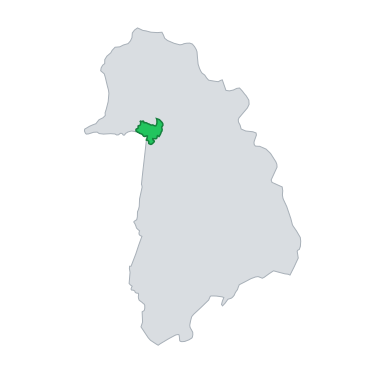 Ioba on a map of Burkina Faso (Mercator projection), rotated 97°
{"feature_id": "BFA-2833", "entity_name": "Ioba", "entity_type": "Province", "adm_level": 1, "iso_a3": "BFA", "parent_name": "Burkina Faso", "parent_adm1": "", "projection": "mercator", "projection_center": [-2.966, 11.024], "detail": "fine", "context": "in_parent", "style": "filled", "palette": "green", "viewbox_px": 384, "rotation_deg": 97, "n_neighbors": 0, "source": "natural_earth", "source_scale": "10m", "svg_char_len": 4462}
<svg xmlns="http://www.w3.org/2000/svg" viewBox="0 0 384 384"><g transform="rotate(97 192 192)"><path d="M289.4,243.3L279.3,243.7L275.6,244.8L273.3,244.9L273.2,243.9L273.0,243.4L260.2,240.2L251.2,238.4L242.1,236.3L241.5,238.3L240.2,239.5L238.3,239.6L236.9,239.3L236.0,240.8L234.5,242.7L232.3,243.7L230.3,244.9L229.1,246.0L228.3,246.0L226.2,243.5L223.4,243.2L218.2,243.7L215.9,243.0L212.7,242.6L205.2,243.2L193.2,242.1L191.2,242.7L190.7,243.1L178.8,243.3L165.8,243.4L154.8,243.5L145.2,243.6L145.2,243.2L142.1,243.1L141.8,244.0L139.1,254.0L138.8,259.4L140.2,262.8L141.9,265.0L143.7,265.9L143.9,267.1L142.4,268.6L142.5,270.3L144.2,271.9L144.6,273.7L143.8,275.5L144.0,279.9L145.3,286.8L145.3,291.3L144.1,293.4L144.7,296.9L147.0,301.9L147.4,304.0L146.6,305.0L144.6,306.2L142.7,306.2L140.4,303.2L139.3,301.8L137.5,298.8L135.9,295.7L133.7,294.4L131.6,293.1L129.1,289.3L126.6,287.4L124.0,287.9L120.2,287.2L112.5,286.2L104.2,286.5L100.8,287.4L97.4,288.8L88.8,292.0L85.4,293.5L82.8,297.4L79.9,297.3L77.0,296.1L75.2,294.3L71.2,294.7L67.5,293.0L63.8,289.6L61.1,288.5L57.7,286.0L56.7,281.3L54.5,278.1L52.5,273.5L49.5,271.5L46.1,270.4L41.4,270.6L38.3,268.8L35.8,266.1L36.5,263.8L37.6,260.5L37.7,257.4L38.4,252.2L38.0,245.8L37.1,241.3L39.7,239.5L42.8,237.8L44.6,234.8L46.6,227.9L47.4,222.0L46.8,219.8L45.8,218.1L45.0,215.5L44.5,212.4L45.1,209.7L47.4,207.2L50.2,205.1L52.3,204.1L57.7,203.0L64.4,201.5L68.3,199.7L71.2,197.9L72.8,196.5L74.4,193.6L77.0,191.4L79.0,189.1L79.3,182.8L79.3,179.3L77.8,177.3L77.0,175.6L87.0,170.7L87.1,167.2L85.7,163.3L83.7,160.2L83.0,157.5L85.7,154.3L88.2,151.9L90.0,149.9L93.9,146.8L98.0,146.0L101.7,147.2L112.7,154.4L114.6,154.9L116.9,154.4L119.8,152.4L123.5,150.9L124.9,146.1L124.8,138.9L125.6,135.6L127.6,135.0L133.9,136.4L135.5,136.5L137.4,136.0L138.7,134.7L138.6,132.4L138.4,130.4L140.4,123.7L144.2,118.7L151.7,112.5L154.1,111.2L156.9,110.6L170.4,114.9L172.7,113.8L176.0,103.1L179.7,102.1L184.1,101.9L187.0,101.0L188.4,100.3L194.9,96.2L206.3,90.7L212.4,88.3L213.6,87.4L218.0,83.5L223.9,79.0L227.6,78.1L232.7,77.8L235.9,78.5L236.8,79.8L237.9,80.4L244.6,78.5L254.2,81.6L262.5,84.6L261.9,86.5L261.9,89.8L261.2,95.1L260.3,101.5L263.8,105.6L267.9,110.0L269.0,111.7L267.9,116.1L268.6,118.6L270.8,122.9L274.5,128.2L278.3,133.8L280.9,134.5L283.4,135.0L284.9,135.9L287.1,136.9L289.3,137.5L291.2,138.7L292.5,139.9L294.1,143.3L298.3,145.6L301.3,147.8L300.1,149.0L296.4,148.5L292.9,147.5L292.4,149.2L292.3,155.4L292.9,160.6L293.7,161.3L297.2,162.3L305.5,169.0L313.1,175.4L315.7,177.1L319.9,177.7L324.5,178.0L326.6,177.4L331.1,174.2L333.5,173.8L335.8,173.9L337.0,174.4L339.1,177.0L341.2,181.0L341.8,183.9L341.6,185.5L340.9,186.1L337.2,186.9L335.5,187.4L335.1,188.3L335.7,190.3L336.4,191.5L340.5,197.3L346.4,204.9L348.2,206.9L347.2,209.2L344.2,215.2L342.0,217.7L332.1,226.2L327.2,225.2L317.0,226.9L315.5,225.0L313.1,224.7L310.2,225.1L309.1,225.8L308.8,226.6L307.8,227.8L305.9,231.2L304.4,232.0L302.6,232.5L300.4,232.5L299.1,232.9L299.1,234.6L298.7,236.0L297.2,236.8L296.6,238.4L296.7,240.0L295.8,240.7L293.9,240.3L292.8,239.9L291.7,241.9L290.4,243.3L289.4,243.3Z" fill="#d9dde1" stroke="#a8b0b8" stroke-width="1"/><path d="M146.1,243.6L145.3,243.6L145.3,243.2L141.9,243.1L141.9,243.4L141.8,243.6L142.0,244.4L142.5,245.1L142.7,245.9L142.5,246.8L142.0,247.4L141.3,247.9L140.8,248.5L140.5,249.3L140.1,251.2L139.4,252.3L139.3,253.2L139.0,253.6L138.6,254.0L138.5,254.3L138.6,254.7L138.0,255.0L137.5,255.2L136.6,255.2L136.2,254.8L135.9,254.2L135.3,253.4L134.3,253.3L133.3,253.5L133.3,253.2L132.7,253.0L132.4,252.5L132.3,252.0L131.9,251.6L131.4,251.4L129.9,251.4L128.8,251.5L128.4,252.0L127.9,251.8L128.0,250.9L128.3,250.1L128.0,249.7L127.5,249.3L127.9,248.5L129.1,248.1L128.8,246.1L129.3,244.6L129.6,244.1L129.7,243.5L129.8,242.7L130.3,241.7L130.6,240.6L130.3,239.8L130.2,239.0L130.6,238.1L130.9,236.8L130.7,235.9L129.2,235.4L127.7,235.2L125.5,235.5L124.3,235.8L123.5,236.2L123.6,235.7L124.0,233.8L124.2,233.1L124.8,232.4L126.4,230.4L127.6,229.4L129.2,229.0L130.2,229.4L130.9,229.9L132.1,229.8L133.7,229.2L135.2,229.3L136.3,229.9L137.9,230.2L139.3,230.7L140.7,231.3L141.0,231.5L140.6,232.1L140.2,233.0L140.6,233.3L142.4,233.4L143.2,233.7L143.5,234.3L143.8,236.7L143.8,237.5L144.2,237.5L144.6,237.3L145.1,237.0L146.0,235.6L146.7,235.6L148.6,237.0L149.3,237.7L149.8,238.6L149.6,239.5L149.4,240.2L149.1,240.8L148.6,241.0L147.3,241.0L146.7,241.4L146.4,242.1L146.2,242.7L146.2,243.2L146.1,243.6L146.1,243.6Z" fill="#22c55e" stroke="#15803d" stroke-width="1.5"/></g></svg>